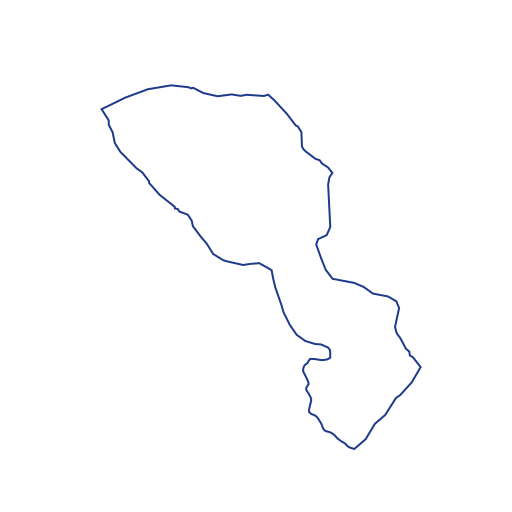 Zaragoza, Chimaltenango, Guatemala (Natural Earth projection), rotated 106°
{"feature_id": "79465075B82010668835108", "entity_name": "Zaragoza", "entity_type": "district", "adm_level": 2, "iso_a3": "GTM", "parent_name": "Guatemala", "parent_adm1": "Chimaltenango", "projection": "natural_earth1", "projection_center": [-90.857, 14.68], "detail": "fine", "context": "isolated", "style": "outline", "palette": "blue", "viewbox_px": 512, "rotation_deg": 106, "n_neighbors": 0, "source": "geoboundaries", "source_scale": "gbopen_adm2", "svg_char_len": 1965}
<svg xmlns="http://www.w3.org/2000/svg" viewBox="0 0 512 512"><g transform="rotate(106 256 256)"><path d="M414.4,108.3L401.9,100.1L384.6,95.5L373.2,88.0L353.8,82.3L350.0,79.1L334.6,71.5L317.4,67.1L310.0,77.4L309.2,80.7L305.6,82.3L303.9,86.2L295.2,94.6L291.5,99.4L285.9,102.8L266.6,104.1L260.9,108.6L258.5,117.9L259.9,133.3L256.0,144.2L254.8,154.2L256.8,176.1L250.1,185.1L240.5,192.6L228.3,201.3L222.7,201.0L216.4,193.8L207.7,192.6L167.3,206.4L160.1,207.1L155.1,205.5L151.0,211.2L148.9,218.1L146.4,221.2L146.2,225.8L142.0,236.5L140.5,239.5L138.1,242.0L124.4,246.5L119.8,251.7L119.6,253.8L110.9,265.4L101.1,281.6L97.6,288.8L100.0,292.5L103.6,309.4L106.3,314.9L107.4,324.0L113.0,336.9L113.9,351.6L111.6,362.9L112.7,364.2L112.4,367.7L115.3,384.5L125.5,405.9L139.8,425.3L157.4,444.9L166.3,434.9L170.4,433.7L176.5,428.0L186.4,422.8L193.2,415.2L204.7,394.8L207.0,388.3L213.6,379.5L215.3,378.8L223.7,365.6L231.2,347.6L232.7,347.0L232.4,344.2L234.4,341.9L235.1,332.9L239.7,327.6L244.8,324.8L253.1,313.8L257.5,307.0L265.9,297.7L269.1,286.2L269.1,281.6L268.2,265.9L265.3,259.6L262.0,250.9L265.3,237.1L272.4,233.6L280.7,228.9L296.2,218.0L302.3,214.2L312.9,204.5L320.6,195.1L324.1,185.2L324.3,175.0L323.1,169.1L324.2,161.3L326.3,158.7L333.3,156.6L335.2,158.3L336.2,159.8L337.7,163.2L338.2,165.4L338.8,170.9L340.0,175.6L342.6,176.6L344.9,177.1L346.2,178.2L347.5,179.1L350.4,179.6L353.2,179.2L355.0,178.0L356.2,176.7L357.5,175.5L358.9,174.2L361.3,172.2L363.0,170.8L364.9,170.1L367.4,171.0L369.7,171.3L371.5,170.2L373.4,167.8L375.8,165.5L376.9,164.4L378.5,163.5L379.9,163.1L382.5,163.0L384.9,162.9L389.5,162.6L391.4,161.9L392.6,159.4L393.0,155.5L393.7,153.5L395.5,151.0L397.3,149.1L398.7,147.5L400.2,146.2L401.8,145.1L403.7,143.5L404.8,141.9L405.1,140.2L405.0,137.2L405.1,135.5L405.6,133.6L406.5,131.4L408.0,128.8L409.1,127.0L409.9,124.8L410.7,122.5L411.1,120.7L411.9,118.2L413.5,115.7L414.1,113.7L414.3,111.8L414.4,108.3Z" fill="none" stroke="#1e3a8a" stroke-width="2"/></g></svg>